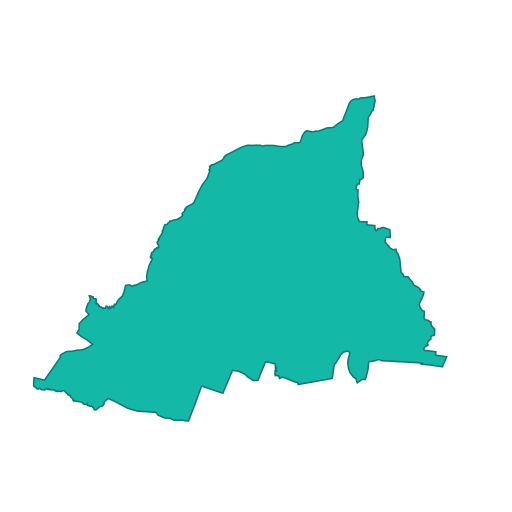 Sacadat, Bihor, Romania, rotated 98°
{"feature_id": "2599482B67859115475061", "entity_name": "Sacadat", "entity_type": "district", "adm_level": 2, "iso_a3": "ROU", "parent_name": "Romania", "parent_adm1": "Bihor", "projection": "mercator", "projection_center": [22.149, 47.043], "detail": "fine", "context": "isolated", "style": "filled", "palette": "teal", "viewbox_px": 512, "rotation_deg": 98, "n_neighbors": 0, "source": "geoboundaries", "source_scale": "gbopen_adm2", "svg_char_len": 6100}
<svg xmlns="http://www.w3.org/2000/svg" viewBox="0 0 512 512"><g transform="rotate(98 256 256)"><path d="M417.5,436.3L417.9,433.8L417.3,432.1L417.3,429.7L416.4,429.0L416.0,426.9L417.9,425.3L418.2,424.1L419.7,423.1L419.6,422.4L419.9,421.5L419.6,420.7L421.0,420.3L422.1,419.2L422.2,418.6L422.9,417.8L424.0,417.0L424.4,417.1L425.0,416.4L424.2,416.4L424.9,413.5L424.8,411.6L425.0,410.1L424.9,408.2L426.5,406.2L426.9,404.7L425.7,402.3L427.4,402.2L428.0,398.8L427.4,398.3L428.8,396.1L430.7,394.7L430.9,393.7L430.3,392.6L426.9,389.7L426.3,387.4L424.2,386.0L421.5,385.9L417.7,382.4L420.2,373.9L424.6,362.1L426.1,352.3L424.8,333.9L425.5,332.3L427.3,330.8L429.1,324.2L428.7,318.7L430.0,314.1L428.8,306.0L429.1,302.8L428.8,299.9L412.2,296.0L392.4,291.8L396.5,269.7L372.4,263.3L372.7,261.6L372.4,259.5L372.5,257.8L374.0,252.5L374.8,250.0L376.9,247.6L379.5,241.6L379.6,240.3L379.0,236.8L359.5,231.9L359.7,230.2L359.2,230.1L360.3,221.9L361.2,221.6L362.1,221.7L362.7,221.1L363.5,221.2L363.7,220.2L364.0,220.0L364.7,220.3L364.5,221.1L365.8,220.9L366.8,219.5L367.0,219.6L367.0,220.9L367.3,221.3L368.9,220.6L369.7,221.1L371.9,220.2L371.2,218.1L371.7,217.8L371.5,216.9L374.0,215.6L372.3,213.2L372.7,210.6L375.4,199.5L375.5,196.9L377.4,196.4L366.6,163.4L352.9,163.4L349.9,161.6L341.9,158.3L339.1,156.0L337.4,152.1L338.0,150.6L338.5,150.0L339.3,149.6L345.1,150.4L349.2,150.2L354.2,148.8L358.4,146.7L358.7,146.2L362.2,142.9L363.6,140.0L367.5,138.0L363.2,133.5L363.4,130.9L361.0,130.1L352.3,129.3L345.1,129.7L343.3,123.8L341.8,121.2L341.5,119.0L342.2,117.1L339.1,80.2L339.2,76.6L340.2,77.1L339.7,69.5L339.8,56.0L329.2,53.1L329.2,64.4L325.8,64.5L325.9,76.2L325.2,76.7L324.0,76.7L321.5,75.5L321.6,74.5L320.7,74.0L320.4,73.3L319.5,73.5L319.5,74.1L319.2,74.2L316.2,73.5L314.1,71.3L311.5,71.5L310.6,70.5L309.7,68.4L309.2,68.1L307.0,68.6L303.5,68.8L303.3,69.4L300.6,72.5L299.5,73.2L296.9,73.4L296.7,75.3L295.8,75.9L295.6,79.5L294.5,80.9L287.3,81.6L287.0,83.8L285.6,84.7L285.2,85.6L282.8,87.0L281.4,87.5L279.2,87.3L275.1,85.8L270.9,84.8L268.4,84.6L267.4,88.5L266.5,88.4L264.9,90.2L263.7,93.0L263.1,95.4L259.7,97.6L257.6,100.4L255.5,102.3L255.8,106.7L254.2,107.5L251.7,110.1L238.6,113.3L233.7,115.9L232.4,117.6L229.8,118.3L230.7,121.0L229.5,124.2L228.6,125.3L227.9,125.6L226.8,127.3L223.8,130.4L220.0,130.0L219.4,129.6L219.2,128.5L219.2,126.6L219.0,125.5L211.3,127.1L209.9,134.2L210.6,135.0L210.6,135.8L210.9,136.2L211.6,136.8L211.7,138.8L212.2,139.2L213.3,139.5L214.2,140.2L214.2,140.8L212.1,142.1L209.3,142.5L209.7,150.7L206.7,150.8L207.4,157.0L207.3,158.7L205.8,159.4L203.8,160.7L199.4,161.8L188.1,161.8L184.2,163.2L176.2,164.2L176.1,165.6L175.6,166.3L174.0,166.4L173.8,166.2L172.7,166.3L172.0,166.0L171.7,165.6L171.3,165.8L170.8,165.2L170.4,163.9L168.9,163.9L168.6,163.6L166.6,163.7L165.9,164.2L165.3,162.1L163.5,160.7L158.3,161.4L155.3,162.5L151.8,164.3L146.9,165.0L142.7,164.3L140.9,163.6L127.7,167.2L125.8,167.2L120.9,164.4L117.3,163.7L112.7,163.3L103.6,164.1L101.5,163.5L99.8,162.2L97.5,161.9L96.3,161.3L95.7,160.3L85.6,159.6L83.0,160.7L81.1,161.0L81.9,163.8L82.6,165.4L84.2,170.8L84.9,174.4L85.2,175.1L86.2,175.7L86.6,177.5L86.3,178.2L87.1,180.8L88.1,182.4L89.8,183.9L92.0,185.0L96.2,185.8L107.3,188.5L109.8,188.8L114.0,193.8L117.9,197.3L119.3,203.6L123.4,211.0L123.8,211.9L124.0,214.2L125.3,217.2L125.2,219.9L124.7,222.9L125.0,223.4L126.5,224.9L129.9,226.7L135.8,227.8L137.0,228.1L137.7,228.7L138.0,229.3L138.3,233.6L139.9,235.3L141.8,239.4L143.1,241.1L143.6,242.6L144.2,246.8L144.1,254.2L145.2,262.3L146.3,264.8L146.3,265.5L145.8,266.7L145.7,267.6L146.0,268.5L146.1,270.8L146.9,274.5L147.5,279.9L150.3,285.6L160.2,299.6L161.9,301.2L164.2,301.8L166.3,303.5L171.9,311.6L171.8,312.7L173.7,314.3L173.9,313.8L175.2,314.1L175.6,313.9L176.5,314.3L177.5,313.5L178.0,313.7L178.0,314.0L178.4,313.6L186.4,315.4L192.9,319.1L199.7,321.5L212.0,325.0L214.0,327.2L217.0,331.5L218.4,332.1L218.5,332.5L219.2,332.4L219.5,333.0L219.9,333.2L220.3,332.8L221.6,333.0L223.3,334.6L224.6,335.1L225.1,334.7L225.6,334.8L226.0,334.3L226.4,334.4L227.9,335.7L229.5,337.7L229.8,337.7L230.1,338.5L230.6,338.6L230.7,339.3L231.2,340.3L231.5,341.6L233.2,345.0L233.5,346.3L234.9,346.8L235.6,347.8L236.5,347.9L237.3,349.0L237.3,349.6L237.7,350.0L238.0,350.9L239.2,350.9L240.9,351.6L242.8,351.3L243.7,352.2L245.1,352.2L245.5,351.8L246.3,351.9L247.1,352.7L248.1,352.7L250.4,354.0L251.2,353.9L252.0,354.8L252.7,354.9L253.4,354.2L253.9,355.1L254.6,354.8L255.5,355.1L255.7,355.7L256.6,355.8L258.0,355.1L258.7,354.0L260.3,354.1L260.8,353.5L261.7,354.1L261.8,354.6L261.7,355.7L262.4,355.7L263.1,356.5L263.3,357.3L263.6,357.4L264.1,357.2L264.2,357.7L265.3,357.9L267.8,360.1L269.2,359.4L269.9,360.2L270.9,359.6L271.6,360.5L272.6,359.9L273.3,358.2L281.1,360.8L282.8,360.7L286.4,361.4L292.4,361.4L295.9,360.3L297.4,364.3L298.7,366.8L300.6,369.3L301.5,371.1L301.9,372.6L303.3,374.5L302.5,376.0L302.2,377.9L303.3,381.1L310.7,381.8L311.5,382.2L313.8,382.6L318.6,386.2L320.2,387.0L323.6,388.0L323.5,389.5L324.5,389.4L325.0,389.9L326.8,389.9L326.7,390.6L325.8,391.1L325.9,392.2L327.7,392.4L327.8,392.8L326.9,393.8L327.6,393.8L328.4,394.2L328.5,395.0L327.9,395.1L326.6,395.9L326.6,397.5L328.7,397.8L328.9,398.5L328.6,399.2L328.7,399.7L329.3,399.9L329.3,400.4L328.0,402.0L328.4,402.6L327.7,404.3L327.0,404.3L326.6,405.1L326.0,405.5L325.4,406.4L325.5,407.8L325.1,408.1L324.3,407.6L323.7,407.6L323.0,408.1L322.0,408.0L320.8,408.4L320.5,408.8L320.8,410.2L320.5,411.2L319.2,411.5L319.1,412.0L319.5,412.6L318.7,413.4L318.5,414.4L318.6,415.6L321.7,414.0L325.1,414.7L326.8,415.9L332.6,416.9L334.3,416.7L337.3,413.2L343.3,418.7L347.6,421.7L353.0,420.9L357.1,422.6L359.7,418.5L362.5,411.9L366.3,405.5L369.4,409.0L372.6,413.8L372.6,414.3L373.3,415.6L374.1,420.1L374.7,421.3L376.0,425.3L376.7,429.3L377.3,430.8L380.2,434.6L381.7,436.1L383.5,435.6L408.3,448.2L407.4,458.9L415.4,458.2L416.2,457.5L416.8,455.5L417.6,455.2L418.1,454.1L417.9,452.9L417.6,452.7L417.3,451.4L418.2,450.0L418.1,446.4L417.1,446.2L416.5,444.5L417.0,444.1L416.9,443.6L416.4,443.4L416.5,442.8L417.1,442.6L416.9,441.8L417.1,441.2L416.8,436.7L417.5,436.3Z" fill="#14b8a6" stroke="#0f766e" stroke-width="1.5"/></g></svg>